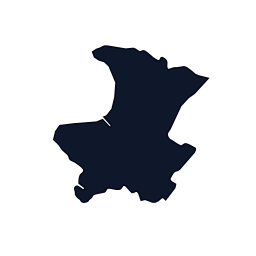 the County of South Tipperary, rotated 305°
{"feature_id": "IRL-5572", "entity_name": "South Tipperary", "entity_type": "County", "adm_level": 1, "iso_a3": "IRL", "parent_name": "Ireland", "parent_adm1": "", "projection": "mercator", "projection_center": [-7.948, 52.469], "detail": "fine", "context": "isolated", "style": "filled", "palette": "ink", "viewbox_px": 256, "rotation_deg": 305, "n_neighbors": 0, "source": "natural_earth", "source_scale": "10m", "svg_char_len": 2549}
<svg xmlns="http://www.w3.org/2000/svg" viewBox="0 0 256 256"><g transform="rotate(305 128 128)"><path d="M214.7,165.2L194.5,162.5L187.8,160.1L176.5,158.5L151.7,162.9L147.0,163.1L145.8,163.4L144.6,164.2L143.2,166.2L142.7,168.0L142.5,169.4L142.8,171.6L142.9,177.5L143.5,181.6L144.0,182.2L146.8,183.3L147.6,183.8L148.2,184.5L148.5,185.3L148.8,186.3L149.2,188.3L149.5,190.5L149.9,194.8L148.7,195.7L146.3,196.2L124.0,193.9L122.3,193.3L121.1,192.6L119.9,191.4L118.6,191.0L116.8,190.7L111.4,191.1L109.9,191.7L109.1,193.4L108.9,194.7L108.9,196.0L109.2,198.1L109.2,199.2L107.4,200.0L105.8,200.6L90.8,200.0L91.3,197.6L91.2,196.8L90.7,195.7L85.6,194.3L83.1,192.9L82.2,191.8L81.3,190.2L80.4,186.5L79.3,182.8L76.4,180.2L80.8,174.2L81.1,173.0L81.4,171.6L80.8,170.8L80.1,170.3L79.2,169.8L78.3,169.2L77.5,168.3L77.7,166.6L79.3,159.9L79.1,158.0L78.5,156.9L73.8,156.7L72.5,155.6L71.1,153.5L68.9,148.6L67.7,146.5L66.5,145.4L63.3,145.6L62.0,145.3L55.4,139.0L53.9,138.0L52.6,137.6L50.6,137.9L49.5,137.8L47.6,137.1L46.0,136.9L45.3,136.9L45.2,137.0L44.6,136.8L43.7,136.2L41.8,134.4L41.3,133.1L41.3,132.0L42.1,130.0L42.3,127.0L42.5,125.7L42.8,124.8L43.2,123.9L43.7,123.1L45.8,121.4L47.3,119.5L47.7,119.2L48.3,118.9L49.1,118.7L50.0,118.9L50.6,119.2L51.0,119.5L51.2,119.9L51.3,120.4L51.4,121.4L51.5,122.6L51.4,125.6L51.6,126.7L52.2,127.4L53.1,127.6L53.9,126.9L54.5,125.5L54.5,122.1L54.7,119.7L54.9,119.4L57.6,117.7L60.2,116.5L62.2,116.0L63.2,116.1L65.1,116.6L66.1,116.7L67.0,116.6L67.7,116.3L68.1,116.0L68.4,115.7L68.7,115.3L69.0,114.6L69.5,112.6L69.7,110.9L69.8,108.8L69.8,104.6L69.5,102.2L69.0,99.5L69.2,98.3L69.6,97.4L70.8,96.1L71.4,94.9L71.9,93.2L72.5,87.7L72.8,86.2L74.6,81.5L75.2,78.9L75.9,73.8L83.8,70.8L90.8,70.8L100.1,81.1L111.8,95.3L114.9,99.0L120.2,102.4L118.3,111.8L118.5,113.1L119.2,113.4L120.1,113.1L120.8,112.2L123.2,102.0L125.7,103.6L134.4,104.1L145.6,99.7L158.4,92.1L167.9,77.1L168.9,70.6L167.1,65.1L167.0,59.8L170.0,55.4L173.8,56.9L174.6,57.3L177.6,59.5L181.0,61.3L181.7,61.9L182.3,62.7L183.3,64.3L191.3,80.9L196.1,86.5L196.5,87.5L196.8,88.9L196.8,92.8L197.2,94.1L198.1,94.9L199.9,96.1L200.4,97.2L200.6,98.7L200.5,101.5L199.8,108.3L200.0,112.9L200.3,114.0L200.8,114.9L201.9,115.3L204.6,114.9L205.2,115.4L205.5,116.3L205.6,118.5L205.5,119.3L205.4,120.0L205.1,120.6L204.7,121.3L203.4,122.5L200.9,124.0L199.7,125.1L199.2,125.9L198.9,126.7L199.0,127.6L199.8,128.4L203.0,130.7L204.2,132.0L205.2,133.5L210.2,138.7L210.7,140.0L211.0,141.7L210.9,147.1L210.6,149.9L210.4,152.3L211.1,155.9L214.7,165.2Z" fill="#0f172a" stroke="#020617" stroke-width="1.5"/></g></svg>